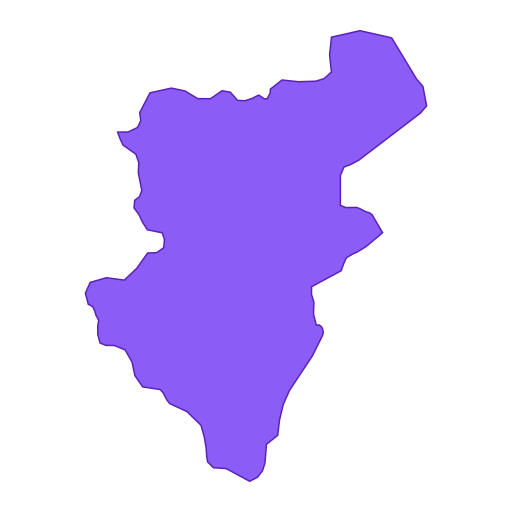 the border of Denizli
{"feature_id": "TUR-2274", "entity_name": "Denizli", "entity_type": "Province", "adm_level": 1, "iso_a3": "TUR", "parent_name": "Turkey", "parent_adm1": "", "projection": "orthographic", "projection_center": [29.199, 37.681], "detail": "fine", "context": "isolated", "style": "filled", "palette": "violet", "viewbox_px": 512, "rotation_deg": 0, "n_neighbors": 0, "source": "natural_earth", "source_scale": "10m", "svg_char_len": 1573}
<svg xmlns="http://www.w3.org/2000/svg" viewBox="0 0 512 512"><path d="M117.6,132.1L128.0,132.0L137.5,127.5L140.8,120.6L139.7,112.7L150.0,92.8L171.4,88.1L185.1,91.0L197.6,98.6L210.5,98.7L222.1,90.7L230.4,92.2L237.6,100.4L245.2,100.7L252.7,98.2L255.9,96.4L258.9,95.1L264.5,99.0L267.3,98.5L270.3,92.7L270.4,89.1L282.0,80.0L298.3,81.7L315.7,81.2L324.1,78.6L331.4,72.0L329.6,54.8L331.5,37.1L360.0,30.7L391.7,37.9L416.6,79.1L422.9,86.4L426.6,105.9L420.3,113.2L358.6,160.3L351.4,164.1L343.9,167.1L340.4,175.5L340.4,205.4L346.1,207.6L356.5,207.4L359.7,208.6L366.0,211.8L369.3,212.7L372.1,214.7L382.6,232.7L366.0,246.6L356.7,252.3L353.2,253.7L346.4,257.8L343.5,264.2L341.2,270.7L311.6,286.7L311.5,294.4L313.9,302.3L313.5,314.0L316.3,325.1L318.2,325.1L319.1,324.9L320.9,326.2L322.5,328.5L323.3,332.6L322.6,335.3L312.4,355.9L289.6,390.2L283.3,404.3L279.6,419.5L277.7,435.3L266.5,444.3L264.9,463.3L262.5,470.8L257.6,477.1L249.7,481.3L226.2,468.6L213.4,467.7L207.6,461.9L206.8,457.3L206.1,447.7L204.1,436.2L201.0,425.3L187.0,411.6L169.9,403.7L167.1,400.4L162.9,392.5L160.1,389.5L142.7,386.9L134.9,375.6L132.0,362.0L125.1,349.9L114.2,345.5L106.1,345.4L100.1,343.1L97.8,334.7L97.7,326.3L98.7,320.3L96.0,315.3L94.7,310.9L92.9,306.9L90.5,305.3L88.3,304.4L85.4,293.1L90.2,282.4L106.4,277.7L124.3,280.1L136.7,268.4L147.6,253.0L156.6,252.7L163.7,247.7L164.5,239.5L162.2,232.8L147.4,229.8L142.5,222.2L139.0,214.7L134.0,207.9L134.7,200.3L139.6,196.6L141.8,190.4L138.3,172.8L138.8,162.8L135.9,154.2L123.1,145.2L120.1,138.8L117.6,132.1Z" fill="#8b5cf6" stroke="#5b21b6" stroke-width="1.5"/></svg>